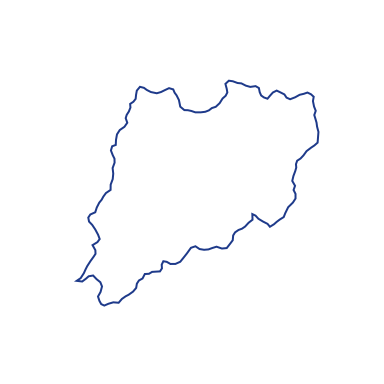 outline of Santa Margarida, Minas Gerais, Brazil, rotated 27°
{"feature_id": "56859067B76164220715303", "entity_name": "Santa Margarida", "entity_type": "district", "adm_level": 2, "iso_a3": "BRA", "parent_name": "Brazil", "parent_adm1": "Minas Gerais", "projection": "orthographic", "projection_center": [-42.268, -20.439], "detail": "fine", "context": "isolated", "style": "outline", "palette": "blue", "viewbox_px": 384, "rotation_deg": 27, "n_neighbors": 0, "source": "geoboundaries", "source_scale": "gbopen_adm2", "svg_char_len": 2463}
<svg xmlns="http://www.w3.org/2000/svg" viewBox="0 0 384 384"><g transform="rotate(27 192 192)"><path d="M176.9,324.0L178.1,319.1L180.2,315.1L182.2,312.3L184.7,307.5L185.8,302.8L184.5,298.7L184.9,294.9L187.2,291.5L187.2,286.5L190.8,284.4L192.7,281.3L195.9,279.4L199.5,277.3L199.9,273.7L198.0,270.5L197.9,266.7L201.2,265.7L205.5,265.9L209.9,263.6L213.2,259.5L214.4,253.8L215.3,249.3L216.4,242.2L219.7,238.8L224.6,239.4L229.0,238.0L232.7,235.7L235.5,232.7L238.7,229.6L244.3,228.8L248.4,226.2L249.5,220.5L250.2,216.5L248.4,212.0L248.7,208.4L250.7,204.7L253.2,202.0L255.0,198.7L256.4,193.7L258.5,189.2L255.8,184.3L259.3,184.2L263.3,185.7L268.7,186.1L273.8,186.1L277.2,187.6L279.7,183.5L281.0,180.2L282.7,176.7L285.1,172.7L284.7,168.5L284.6,161.9L286.7,155.6L287.2,150.8L285.1,146.7L281.6,144.1L281.0,139.7L276.3,136.6L275.1,131.7L274.5,126.5L273.8,122.9L272.0,120.0L271.5,116.4L273.5,112.9L274.7,108.8L275.5,103.6L278.0,98.4L279.9,95.0L281.5,91.0L279.4,85.9L277.4,81.1L273.7,76.9L271.5,73.7L268.6,70.6L266.0,67.9L265.4,63.5L261.9,60.4L258.5,56.1L257.2,51.9L253.6,50.9L249.7,51.0L247.0,53.8L243.8,56.5L240.9,60.8L237.3,64.8L233.4,65.0L230.0,63.1L225.7,63.1L221.4,63.2L218.9,66.6L217.8,70.7L216.9,74.6L213.2,75.1L209.8,74.6L207.0,72.3L204.4,69.0L200.6,68.8L196.2,71.9L191.7,72.8L186.7,72.8L183.1,74.2L178.1,74.8L174.3,76.1L172.7,80.5L176.1,84.3L178.3,87.3L178.3,91.0L176.8,94.8L176.3,100.3L174.5,105.3L171.6,108.2L170.0,111.6L167.4,114.5L163.7,117.0L158.8,119.5L154.6,120.1L151.2,121.0L148.0,122.5L142.8,121.3L138.6,116.0L134.4,112.9L131.4,111.4L128.7,109.1L124.4,109.9L121.3,113.9L119.0,117.0L115.8,120.0L110.0,121.6L105.4,121.6L101.9,121.0L97.9,121.9L96.8,126.7L98.0,130.7L99.5,134.6L98.8,138.2L96.9,141.6L98.8,144.7L99.2,149.0L98.8,152.9L99.4,156.3L102.9,159.7L102.2,164.6L99.5,169.6L99.0,174.7L100.6,180.0L102.7,184.7L100.1,187.5L100.9,191.8L104.7,195.2L107.8,197.5L109.7,201.0L110.4,206.7L113.5,211.4L115.5,216.5L116.2,222.4L118.5,227.1L115.8,232.0L115.1,236.3L115.0,239.9L114.2,243.6L114.2,249.1L115.0,254.0L111.6,258.2L111.2,261.9L113.7,265.1L118.0,266.6L122.8,269.3L127.7,272.7L131.1,275.8L130.5,279.6L127.5,284.5L132.3,287.7L134.1,290.9L133.7,294.5L132.9,299.6L132.3,305.6L132.3,309.2L132.5,313.4L131.9,319.3L129.6,323.5L134.8,321.6L136.9,317.3L138.2,314.0L141.8,311.3L146.6,313.0L151.3,314.0L154.7,317.0L155.9,322.6L155.7,327.8L158.9,331.0L162.0,333.1L165.4,333.0L168.3,329.5L172.0,326.0L176.9,324.0Z" fill="none" stroke="#1e3a8a" stroke-width="2"/></g></svg>